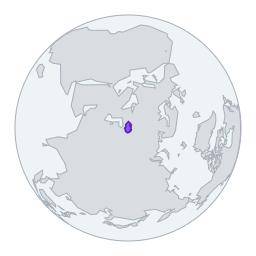 West Kazakhstan highlighted on a globe, orthographic projection, rotated 119°
{"feature_id": "KAZ-3201", "entity_name": "West Kazakhstan", "entity_type": "Region", "adm_level": 1, "iso_a3": "KAZ", "parent_name": "Kazakhstan", "parent_adm1": "", "projection": "orthographic", "projection_center": [51.03, 49.856], "detail": "fine", "context": "on_globe", "style": "filled", "palette": "violet", "viewbox_px": 256, "rotation_deg": 119, "n_neighbors": 0, "source": "natural_earth", "source_scale": "10m", "svg_char_len": 11746}
<svg xmlns="http://www.w3.org/2000/svg" viewBox="0 0 256 256"><g transform="rotate(119 128 128)"><circle cx="128" cy="128" r="113" fill="#eef3f6" stroke="#a8b0b8"/><path d="M120.8,15.6L121.2,15.6L122.4,16.6L119.5,16.6L120.1,17.0L123.8,17.3L126.1,17.3L133.3,21.0L145.1,24.7L150.3,24.9L148.0,25.9L159.0,25.9L166.4,28.3L157.1,26.2L155.4,26.6L159.9,28.4L159.1,29.2L160.9,30.7L159.6,31.5L154.2,30.5L153.3,31.1L156.6,32.4L157.3,34.3L152.6,32.3L153.5,35.4L144.7,34.8L133.3,29.5L127.5,30.8L113.1,29.9L113.4,31.1L108.2,31.8L106.6,33.5L104.4,33.1L105.1,34.9L107.4,35.0L108.4,35.9L107.7,37.0L104.8,36.5L104.7,35.9L103.5,36.4L102.3,35.7L102.5,36.6L99.0,36.1L101.4,38.3L97.7,39.3L95.7,38.5L97.3,36.4L96.8,30.1L95.3,29.1L91.4,29.5L81.2,34.7L78.9,34.6L74.7,36.0L75.3,37.0L78.7,36.2L78.8,38.5L83.0,37.5L83.6,38.4L87.4,38.4L85.2,40.8L81.1,43.2L77.9,43.4L75.9,44.5L77.7,46.5L70.5,49.0L63.5,54.9L61.8,55.5L60.8,52.4L64.0,46.8L62.7,43.7L61.9,48.3L57.7,49.9L56.3,51.4L55.6,52.9L56.6,53.3L54.8,54.5L54.9,50.2L56.5,49.1L56.5,50.4L58.0,47.9L58.0,45.4L55.8,46.6L58.2,42.2L56.7,43.1L56.3,42.8L58.6,41.6L54.6,43.9L57.0,40.6L55.2,42.1L61.5,37.1L68.1,32.6L75.0,28.6L82.2,25.1L89.6,22.1L97.2,19.6L105.0,17.7L112.9,16.4L120.8,15.6ZM127.2,17.3L124.0,17.2L120.9,16.8L123.7,16.7L127.2,17.3ZM132.9,18.7L131.2,18.8L130.7,17.9L131.8,18.1L132.9,18.7ZM154.3,25.0L151.8,24.3L154.5,24.8L154.3,25.0ZM161.4,30.7L162.3,30.7L162.8,31.5L161.4,30.7ZM88.3,37.2L87.9,37.8L87.4,37.4L88.3,37.2ZM90.4,36.7L90.2,35.8L91.2,35.4L91.3,36.0L90.4,36.7ZM161.3,33.6L161.8,34.9L160.3,33.4L161.3,33.6ZM90.4,37.8L92.9,34.9L94.6,34.4L96.4,36.0L90.4,37.8ZM161.5,35.6L162.8,39.1L165.0,39.3L159.4,40.8L160.2,37.2L158.0,35.2L160.3,36.0L161.5,35.6ZM108.4,34.6L105.9,34.5L108.7,33.6L108.4,34.6ZM109.9,33.8L116.9,30.1L120.2,30.9L117.2,31.9L122.1,32.3L120.3,34.4L117.2,34.7L115.4,33.7L116.1,35.4L109.9,33.8ZM156.1,41.2L155.7,41.9L155.1,40.9L156.1,41.2ZM109.1,36.2L110.2,35.3L113.2,35.9L111.5,37.8L111.1,36.9L109.1,36.2ZM124.2,31.4L126.1,32.2L125.2,34.2L125.8,34.8L120.5,34.6L124.2,31.4ZM110.0,37.4L110.6,38.7L108.5,39.5L108.2,37.1L110.0,37.4ZM114.6,35.3L116.0,35.7L114.7,36.0L114.6,35.3ZM101.5,43.2L102.8,42.0L104.4,42.2L101.5,43.2ZM110.9,39.2L111.6,38.9L112.4,38.9L112.3,40.0L110.9,39.2ZM120.3,36.0L119.5,36.7L122.4,36.2L121.8,37.8L118.4,37.4L119.6,38.2L119.5,38.7L116.8,37.9L120.3,36.0ZM114.7,41.0L110.1,41.2L107.4,43.4L105.8,43.2L110.5,39.8L114.7,41.0ZM116.2,39.2L114.9,40.3L113.6,39.5L113.7,38.3L116.2,39.2ZM122.7,39.1L124.4,36.8L125.1,37.0L122.7,39.1ZM114.1,41.8L115.2,41.7L114.1,42.0L114.1,41.8ZM120.3,40.0L120.9,39.2L121.6,39.4L120.3,40.0ZM117.0,42.4L115.5,42.4L115.6,41.6L117.0,42.4ZM118.7,41.4L119.7,42.0L116.5,41.3L118.8,41.0L118.7,41.4ZM121.0,40.4L121.6,40.3L120.6,40.8L121.0,40.4ZM117.8,45.7L113.7,45.0L113.8,43.1L117.7,44.0L117.8,45.7ZM28.6,158.5L26.5,139.8L29.3,137.2L31.1,130.9L51.4,123.7L54.3,128.3L68.6,135.2L70.2,137.2L67.0,141.9L76.5,154.5L81.4,151.6L91.6,159.2L99.3,161.1L104.8,151.4L92.1,148.0L91.4,142.2L102.8,140.4L114.1,143.4L114.2,141.3L108.3,135.2L112.2,131.8L106.5,132.7L107.8,135.3L104.3,136.0L102.8,133.7L104.2,132.6L101.2,130.8L95.1,137.1L95.9,140.4L87.1,138.9L87.5,144.4L84.7,145.8L82.9,137.0L84.1,134.5L79.7,123.4L77.7,125.9L81.7,136.6L79.9,135.1L77.2,138.9L77.8,134.9L74.0,122.9L66.9,120.5L55.7,126.0L52.0,123.9L50.0,118.9L56.4,109.5L63.8,115.3L66.2,112.4L66.6,105.6L68.8,108.0L69.9,106.0L72.9,108.0L79.1,105.6L82.4,107.1L86.7,101.5L89.0,101.6L85.8,104.8L85.4,108.0L93.9,111.7L96.1,111.0L98.2,107.2L100.3,108.9L101.2,104.7L107.0,105.0L100.7,101.2L103.0,97.0L107.5,94.8L107.1,92.8L99.8,96.4L97.9,98.5L98.0,101.4L91.8,107.0L88.5,106.8L90.7,98.6L86.2,97.6L89.9,92.0L107.5,85.1L113.9,84.8L120.5,93.4L118.0,95.8L114.3,93.8L116.0,99.6L116.7,97.2L118.4,98.7L121.0,95.4L122.4,96.3L122.6,91.6L124.5,92.3L124.4,95.3L129.9,91.3L134.5,92.0L135.1,90.7L134.4,89.1L140.6,91.3L140.8,90.2L138.8,89.1L137.9,86.3L138.6,82.3L140.8,83.3L140.8,84.8L144.0,89.7L143.7,93.9L144.6,94.0L145.4,90.5L141.5,84.5L141.3,81.9L143.6,84.4L142.7,83.3L143.3,82.3L145.9,82.3L143.6,79.4L147.2,68.0L152.6,67.1L154.1,70.4L158.9,64.3L164.5,64.2L162.7,63.1L163.8,59.7L162.0,59.6L161.2,58.9L163.1,50.7L165.2,49.7L164.0,45.4L163.0,44.9L161.4,45.3L159.4,40.8L165.0,39.3L166.9,40.5L169.1,39.0L173.0,42.0L177.3,44.0L180.2,48.6L183.4,50.0L183.9,49.3L188.5,50.8L196.2,56.8L187.7,55.1L175.6,47.8L180.3,50.9L178.6,51.2L179.9,53.1L183.2,55.4L184.0,55.0L185.9,64.8L192.7,73.8L193.9,70.1L197.0,70.3L205.7,78.4L212.2,97.0L216.4,98.3L218.2,100.8L218.0,104.8L215.3,101.3L213.1,102.2L211.6,99.7L210.4,105.3L208.3,102.0L208.4,108.2L210.8,109.6L212.7,105.7L213.7,112.8L218.6,113.8L221.6,118.8L222.0,133.6L218.6,141.9L218.9,143.8L216.3,144.1L214.7,150.1L221.2,155.1L221.7,157.8L218.2,167.0L217.8,165.3L210.8,166.0L210.9,173.0L216.3,173.9L218.2,177.9L214.6,179.4L212.5,175.9L210.0,176.0L209.7,170.4L205.7,163.9L202.1,168.3L201.4,164.8L195.3,160.4L189.5,166.2L181.0,180.3L181.4,189.1L177.8,194.2L169.4,184.5L166.6,176.1L163.0,178.0L154.9,171.8L139.3,173.5L137.5,171.1L134.5,172.5L128.9,170.2L126.4,166.0L122.8,166.2L129.4,177.1L133.3,176.8L137.4,172.5L138.4,176.3L143.9,179.2L136.0,188.5L113.6,195.4L112.3,188.6L99.9,166.7L100.8,164.5L100.8,164.2L100.7,163.7L98.6,167.2L96.8,162.6L102.4,178.2L103.0,184.2L113.2,195.8L112.1,196.6L115.6,199.0L128.2,197.1L128.0,199.2L121.6,208.4L105.0,217.9L107.7,224.7L107.5,229.4L98.4,230.4L100.4,233.4L95.9,233.1L96.4,234.3L93.5,234.4L88.1,233.2L77.7,228.8L76.1,227.7L69.3,223.2L59.5,212.6L61.1,210.0L59.7,206.1L52.3,193.2L53.9,188.8L52.1,185.2L48.4,183.2L46.5,178.8L44.4,177.0L31.7,166.7L28.6,158.5ZM42.8,131.0L41.9,132.8L42.8,131.0ZM125.1,151.9L132.5,152.6L130.8,145.5L133.5,145.3L131.9,143.1L130.6,145.0L127.0,138.9L130.8,137.0L130.7,133.9L128.2,133.5L121.9,138.1L127.0,146.8L124.7,149.5L125.1,151.9ZM57.7,50.2L57.6,50.5L56.6,52.2L56.4,51.5L57.7,50.2ZM55.9,59.0L53.0,60.8L54.9,59.0L54.2,58.3L57.2,53.9L61.1,55.5L58.8,55.5L55.9,59.0ZM62.4,48.8L60.0,51.2L62.5,48.5L62.4,48.8ZM73.0,94.1L73.4,96.3L71.3,98.0L67.1,96.7L70.1,94.2L73.0,94.1ZM74.4,99.0L77.8,91.6L80.5,92.3L78.4,93.1L79.9,94.3L76.9,96.0L76.3,104.2L74.4,106.2L67.6,102.4L70.9,102.4L70.3,100.2L74.4,99.0ZM81.5,73.5L83.0,70.8L87.0,75.7L85.2,77.6L80.9,76.4L80.5,73.3L81.5,73.5ZM93.2,41.4L93.5,40.5L94.3,40.5L94.7,41.4L93.2,41.4ZM102.0,42.6L92.7,45.8L92.5,44.8L87.2,48.1L84.8,46.8L88.4,44.7L82.5,46.3L84.8,43.9L80.9,45.4L89.0,40.8L90.7,38.9L89.7,41.4L91.8,42.6L93.3,42.5L98.7,40.9L103.6,37.6L106.5,38.4L107.2,39.8L106.5,40.7L104.9,39.9L105.1,41.7L102.1,41.2L102.0,42.6ZM114.4,59.4L112.8,57.5L112.8,62.1L109.8,61.2L110.0,61.8L107.3,62.3L104.2,64.0L103.1,63.3L102.4,64.3L100.6,64.7L99.3,65.9L96.8,65.0L95.0,66.4L94.9,65.2L92.4,67.9L93.1,65.5L90.8,66.0L91.3,68.1L81.2,61.4L76.4,60.8L72.0,61.7L73.9,57.8L79.2,54.6L85.8,52.4L90.2,53.7L90.2,51.8L92.3,51.9L91.4,53.4L94.1,51.2L95.6,51.7L101.5,50.5L104.4,47.3L106.6,46.9L106.2,48.4L108.7,46.9L109.5,49.5L111.1,49.3L113.5,51.7L111.7,54.9L113.7,54.5L115.6,56.5L114.4,59.4ZM118.4,46.5L117.0,50.2L114.7,51.7L111.5,46.8L110.0,46.7L107.9,43.8L111.2,41.8L111.5,42.8L112.6,43.3L111.1,43.7L113.1,43.8L113.6,45.2L115.2,45.6L114.3,46.7L118.4,46.5ZM72.9,136.2L74.3,137.2L76.6,138.1L75.0,140.6L72.9,136.2ZM70.1,128.1L71.5,128.4L70.3,132.2L68.9,131.3L70.1,128.1ZM73.3,125.5L71.7,128.2L71.7,126.2L73.3,125.5ZM87.2,105.0L88.8,105.2L88.5,106.2L87.2,107.3L87.2,105.0ZM113.7,73.6L113.1,72.1L113.8,71.8L114.8,68.3L117.1,68.8L117.4,71.1L113.7,73.6ZM102.1,152.7L99.3,154.2L98.3,152.9L99.5,152.7L102.1,152.7ZM86.0,147.7L89.2,150.3L85.5,148.4L86.0,147.7ZM116.3,73.6L116.5,72.0L117.5,73.2L116.3,73.6ZM118.8,69.0L120.2,70.1L117.5,68.5L118.8,69.0ZM127.0,230.2L121.0,236.5L115.6,236.1L113.9,234.3L115.6,230.4L121.7,229.5L124.5,227.3L127.0,230.2ZM230.9,172.0L232.1,169.9L232.0,170.3L230.9,172.0ZM229.8,173.2L231.3,170.7L229.4,174.4L229.8,173.2ZM231.8,169.8L233.3,166.4L234.0,164.7L233.7,165.6L231.8,169.8ZM228.7,175.0L221.9,184.0L218.9,186.5L219.8,184.6L224.7,179.3L228.7,175.0ZM219.6,184.8L214.6,186.4L206.3,182.4L209.3,180.4L217.7,179.9L217.2,181.4L220.2,181.1L219.6,184.8ZM230.5,165.5L229.9,169.2L226.4,174.0L224.6,175.8L223.4,173.2L224.1,170.2L225.6,168.5L230.2,153.9L232.1,153.1L231.0,158.5L232.4,159.2L230.5,165.5ZM182.0,189.7L185.0,193.4L182.9,195.1L182.0,189.7ZM231.1,145.5L229.9,151.9L230.7,144.6L231.1,145.5ZM231.1,139.6L231.6,141.1L230.5,140.7L231.1,139.6ZM219.8,146.4L218.2,148.7L217.7,147.4L219.4,143.8L219.8,146.4ZM224.0,123.0L225.7,126.8L226.0,128.5L224.4,127.2L224.0,123.0ZM135.9,77.0L131.9,81.2L130.6,84.8L132.2,87.7L128.3,85.5L130.3,79.9L135.9,77.0ZM145.6,68.9L144.2,66.6L145.9,66.6L146.5,67.1L145.6,68.9ZM144.0,68.3L140.2,67.5L140.1,65.5L143.1,66.5L144.0,68.3ZM128.2,70.2L126.8,71.4L126.0,70.4L128.2,70.2ZM233.7,166.5L235.6,160.8L236.3,158.8L233.7,166.5ZM239.7,142.4L239.2,145.2L239.6,141.8L238.7,144.9L239.8,139.5L239.9,140.6L240.4,135.5L240.5,134.1L239.7,142.4ZM237.1,152.8L237.0,153.8L236.6,154.3L237.1,152.8ZM237.7,150.8L238.6,148.1L237.5,151.8L237.7,150.8ZM233.3,158.3L233.8,159.4L235.3,154.9L234.1,159.2L234.9,160.2L234.4,162.2L233.7,160.8L232.9,165.1L232.2,166.5L232.1,164.1L233.0,158.9L233.7,156.0L236.4,149.6L233.3,158.3ZM237.8,148.4L237.5,147.0L237.6,144.7L238.0,145.0L237.8,148.4ZM236.0,144.0L234.5,143.6L233.6,146.9L234.9,138.5L236.2,140.3L236.0,144.0ZM234.0,139.9L233.2,142.9L233.7,138.5L234.0,139.9ZM232.7,142.4L232.1,140.7L233.0,139.4L232.7,142.4ZM234.5,138.9L233.8,135.1L234.7,136.3L234.5,138.9ZM230.5,136.8L233.2,136.7L230.5,139.7L228.2,133.3L229.1,131.3L230.5,136.8ZM221.9,98.9L220.4,97.4L220.6,95.2L221.6,96.8L221.9,98.9ZM220.1,87.2L220.2,94.1L220.1,100.0L221.1,99.6L223.0,103.8L220.2,102.6L218.8,96.2L219.3,92.3L217.3,89.1L216.5,85.0L213.6,82.1L212.5,79.6L215.3,81.1L220.1,87.2ZM212.3,81.0L206.9,75.2L208.3,72.6L209.8,73.3L211.7,77.0L210.8,78.1L212.3,81.0ZM206.0,73.1L205.1,74.2L195.3,69.2L193.6,67.6L201.8,69.6L201.4,70.8L203.5,72.6L206.0,73.1ZM156.9,42.2L155.8,42.0L156.8,41.6L156.9,42.2ZM160.2,58.9L159.3,57.8L160.5,57.4L160.2,58.9ZM157.4,54.6L156.7,55.8L156.6,54.1L157.4,54.6ZM155.3,58.8L156.0,56.2L156.6,59.3L155.3,58.8Z" fill="#d9dde1" stroke="#a8b0b8" stroke-width="1"/><path d="M129.6,124.2L129.6,124.3L129.7,124.6L129.8,124.7L129.8,124.8L130.0,124.8L130.1,124.7L130.2,124.8L130.3,124.8L130.5,124.8L130.6,124.7L130.8,124.7L130.9,124.8L131.0,124.8L131.2,125.0L131.3,125.3L131.5,125.3L131.7,125.5L131.8,125.5L131.9,125.8L132.0,125.8L132.3,125.9L132.3,126.0L132.2,126.1L132.2,126.3L132.2,126.5L132.3,126.5L132.3,126.8L132.2,126.9L132.3,127.1L132.3,127.3L132.4,127.5L132.4,127.9L132.3,128.0L132.2,128.2L132.2,128.3L131.9,128.4L131.8,128.5L131.6,128.5L131.4,128.7L131.4,128.8L131.4,129.1L131.4,129.3L131.2,129.5L130.5,129.7L130.4,129.7L130.2,129.9L130.3,130.2L130.1,130.5L130.0,130.8L129.5,130.7L129.4,130.8L129.2,130.7L129.0,130.4L128.9,130.4L128.4,130.3L128.2,130.4L128.0,130.5L127.9,130.7L127.7,130.8L126.5,131.6L125.9,131.6L125.2,131.5L122.9,131.0L122.7,130.9L122.4,130.8L122.1,130.7L122.3,130.2L122.5,129.7L122.8,129.4L122.9,129.2L122.6,128.9L122.7,128.4L122.8,127.9L123.1,127.7L123.3,127.5L123.3,127.4L123.3,127.2L123.5,127.0L123.5,126.9L123.7,126.7L123.7,126.8L123.8,126.9L123.9,127.0L124.0,127.0L124.2,127.3L124.3,127.4L124.3,127.5L124.4,127.8L124.5,127.9L124.6,128.0L124.8,128.0L125.0,127.9L125.3,127.7L125.2,127.5L125.2,127.4L125.1,127.2L125.1,126.7L124.9,126.5L124.9,126.4L125.0,126.4L125.1,126.5L125.3,126.5L125.5,126.3L125.6,126.2L125.8,126.1L126.0,126.0L126.0,125.9L125.9,125.8L125.9,125.7L126.0,125.7L126.5,125.5L126.5,125.4L126.8,125.3L127.0,125.2L127.2,124.9L127.3,124.9L127.4,124.7L127.5,124.5L127.7,124.4L127.8,124.3L128.2,124.4L128.3,124.4L128.3,124.5L128.3,124.8L128.5,124.8L128.6,124.7L128.7,124.8L128.8,124.9L128.9,124.7L129.0,124.5L129.0,124.4L129.2,124.5L129.3,124.5L129.3,124.4L129.5,124.3L129.5,124.2L129.6,124.2Z" fill="#8b5cf6" stroke="#5b21b6" stroke-width="1.5"/></g></svg>